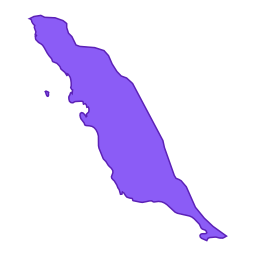 an SVG outline of Bushehr
{"feature_id": "IRN-3210", "entity_name": "Bushehr", "entity_type": "Province", "adm_level": 1, "iso_a3": "IRN", "parent_name": "Iran", "parent_adm1": "", "projection": "mercator", "projection_center": [51.169, 28.786], "detail": "fine", "context": "isolated", "style": "filled", "palette": "violet", "viewbox_px": 256, "rotation_deg": 0, "n_neighbors": 0, "source": "natural_earth", "source_scale": "10m", "svg_char_len": 2564}
<svg xmlns="http://www.w3.org/2000/svg" viewBox="0 0 256 256"><path d="M206.8,240.6L201.5,238.3L200.2,236.9L200.0,235.3L200.7,234.3L201.8,233.8L203.2,233.7L204.5,233.7L205.9,233.6L206.8,232.8L206.2,231.1L205.1,230.1L202.4,229.1L201.3,228.2L200.8,227.3L199.7,224.8L199.3,224.1L194.2,218.8L192.0,217.1L189.5,216.0L177.5,213.3L175.0,212.1L167.0,204.7L164.5,203.0L161.7,201.8L158.5,201.4L153.9,202.0L152.8,201.6L151.5,200.8L149.1,201.0L146.5,201.6L142.3,202.4L139.6,202.0L133.8,200.8L133.0,200.6L132.7,200.1L132.6,199.3L132.4,198.8L132.0,198.4L129.9,198.1L127.0,197.2L125.6,195.7L124.0,193.1L122.4,192.0L121.9,194.2L120.5,194.3L119.2,189.7L117.9,187.8L116.8,185.0L114.3,180.9L113.1,179.8L111.8,178.3L111.4,176.8L112.9,172.7L112.8,170.6L111.4,168.4L109.1,166.2L108.2,165.2L105.9,161.5L103.6,159.2L103.1,158.4L99.0,148.2L98.5,145.8L98.4,136.0L97.5,132.7L96.0,129.8L94.3,127.8L92.1,126.4L89.3,125.8L86.6,125.6L85.2,125.3L84.6,124.4L84.1,122.9L81.0,118.9L80.4,117.4L80.0,115.3L80.3,113.4L81.6,112.6L83.0,113.0L84.3,114.2L85.4,115.6L86.1,116.8L86.8,116.2L86.7,115.7L86.4,115.0L86.5,114.2L87.0,113.6L88.3,112.4L88.8,111.6L89.0,109.9L88.8,108.1L88.2,107.0L86.9,107.3L86.4,105.1L85.9,104.3L85.1,103.6L84.7,103.7L84.1,104.0L83.5,104.2L83.3,103.8L83.2,102.5L83.0,101.9L82.8,101.5L81.2,101.2L75.9,101.5L74.7,101.7L72.9,102.8L71.0,102.6L69.5,101.3L68.9,99.1L68.8,97.2L69.0,96.3L69.6,95.4L70.1,94.3L70.5,93.0L71.1,92.5L72.2,93.6L72.5,90.4L72.6,89.9L72.0,89.7L71.6,89.2L70.7,87.7L71.2,85.8L71.2,82.8L70.8,79.7L70.3,77.6L69.4,76.0L68.1,74.2L67.1,73.7L67.1,76.0L66.7,75.2L64.8,72.3L61.2,69.3L60.6,68.3L60.2,67.0L59.1,65.5L56.9,63.3L52.9,61.7L52.3,60.9L51.9,59.3L50.9,57.9L49.1,55.8L47.3,53.2L44.2,47.6L42.6,45.2L41.3,44.1L38.5,42.4L35.9,39.7L35.7,39.3L35.5,38.4L35.4,37.0L35.2,36.1L36.2,36.0L36.5,35.5L36.1,35.0L35.2,34.5L35.9,31.9L34.3,27.5L34.7,25.4L33.8,24.7L32.7,23.3L31.8,21.7L31.5,20.4L31.1,19.6L30.1,18.9L29.5,18.7L33.9,16.5L40.8,15.4L44.7,17.3L55.1,17.8L63.0,20.6L65.5,22.5L66.7,23.6L66.7,27.6L68.5,33.2L71.9,36.6L76.0,45.0L79.8,46.4L94.7,47.6L104.0,50.6L108.5,55.6L112.1,63.9L116.9,71.5L121.2,76.0L126.6,78.0L132.6,83.5L162.9,140.6L164.4,147.5L174.3,175.5L176.0,178.3L179.0,179.5L181.2,180.8L186.3,186.8L195.4,207.3L204.3,218.2L213.0,226.4L226.5,236.1L223.5,237.8L222.6,238.1L219.5,238.0L216.1,237.1L215.0,237.1L210.6,237.5L209.9,237.5L208.5,238.1L208.2,238.1L207.9,238.5L206.8,240.6ZM46.8,91.4L48.0,91.9L48.7,92.4L48.4,93.7L48.6,95.0L48.1,96.2L47.5,96.3L46.8,95.7L46.1,94.0L45.7,92.5L45.2,91.6L46.0,91.1L46.8,91.4Z" fill="#8b5cf6" stroke="#5b21b6" stroke-width="1.5"/></svg>